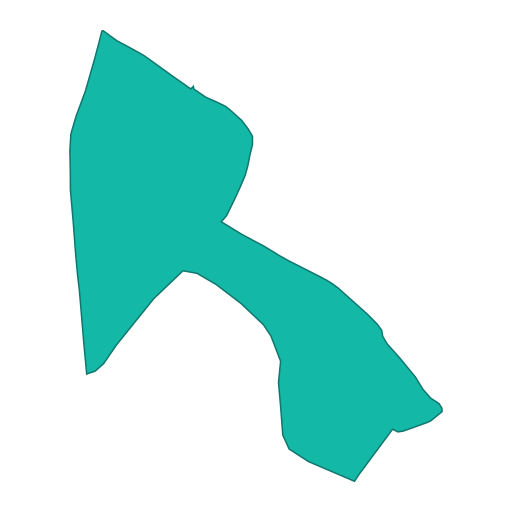 Bella Rosa, Gros Islet, Saint Lucia
{"feature_id": "8701671B93449908484695", "entity_name": "Bella Rosa", "entity_type": "district", "adm_level": 2, "iso_a3": "LCA", "parent_name": "Saint Lucia", "parent_adm1": "Gros Islet", "projection": "natural_earth1", "projection_center": [-60.945, 14.077], "detail": "fine", "context": "isolated", "style": "filled", "palette": "teal", "viewbox_px": 512, "rotation_deg": 0, "n_neighbors": 0, "source": "geoboundaries", "source_scale": "gbopen_adm2", "svg_char_len": 1336}
<svg xmlns="http://www.w3.org/2000/svg" viewBox="0 0 512 512"><path d="M193.4,86.4L190.8,88.9L172.2,75.9L169.1,73.6L157.4,65.2L150.9,60.5L144.3,55.8L139.3,52.9L124.4,44.7L116.9,40.8L115.1,39.4L111.6,36.9L109.6,35.5L106.1,32.8L103.8,31.2L103.2,30.7L101.9,31.1L100.1,38.0L99.9,39.1L96.8,50.7L94.7,58.6L85.3,91.4L76.3,115.6L71.7,131.1L70.8,134.8L69.9,150.8L69.9,151.8L70.3,171.9L70.4,189.8L73.2,221.9L75.8,256.2L77.7,276.3L79.4,290.6L83.8,342.9L86.7,374.1L87.5,373.7L95.1,371.2L103.6,363.7L116.5,344.9L134.7,322.3L154.0,298.4L183.0,270.8L197.0,273.3L216.3,284.6L240.9,303.4L263.5,324.8L271.0,336.1L280.6,361.2L278.5,382.5L280.6,406.4L282.8,435.2L289.2,449.1L308.5,461.6L354.5,481.3L359.1,474.3L392.6,429.2L397.9,431.9L403.2,431.1L412.2,427.9L427.4,422.4L430.5,421.0L442.1,411.6L441.9,408.2L439.1,403.7L437.2,402.4L435.9,401.5L430.7,398.2L423.0,389.4L415.3,376.9L406.9,366.7L399.6,357.8L392.8,350.2L387.3,344.1L382.7,336.4L381.8,330.5L377.6,324.6L366.5,313.3L364.9,312.0L343.9,293.2L338.6,288.4L332.6,283.9L327.1,280.5L319.8,276.6L288.3,260.6L279.2,255.5L264.2,246.3L242.0,234.5L221.3,221.8L226.6,215.6L234.8,198.8L240.5,186.4L245.2,175.3L247.8,165.9L249.9,155.2L252.5,144.5L252.5,136.3L248.1,128.9L241.7,120.4L230.9,110.7L225.6,106.4L216.6,102.0L205.9,97.3L193.8,89.0L193.4,86.4Z" fill="#14b8a6" stroke="#0f766e" stroke-width="1.5"/></svg>